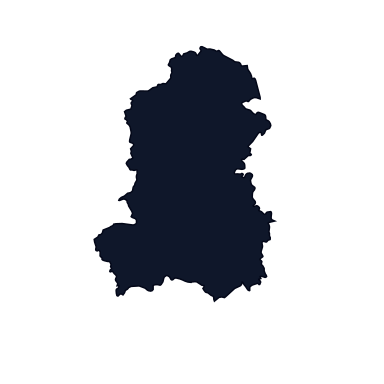 Kaluga, Mercator projection, rotated 319°
{"feature_id": "RUS-2361", "entity_name": "Kaluga", "entity_type": "Region", "adm_level": 1, "iso_a3": "RUS", "parent_name": "Russia", "parent_adm1": "", "projection": "mercator", "projection_center": [35.421, 54.295], "detail": "fine", "context": "isolated", "style": "filled", "palette": "ink", "viewbox_px": 384, "rotation_deg": 319, "n_neighbors": 0, "source": "natural_earth", "source_scale": "10m", "svg_char_len": 5998}
<svg xmlns="http://www.w3.org/2000/svg" viewBox="0 0 384 384"><g transform="rotate(319 192 192)"><path d="M235.4,268.2L230.4,265.6L229.0,265.4L228.6,267.1L228.0,268.6L227.0,269.8L223.8,272.6L223.4,273.9L221.7,275.9L221.1,277.8L220.0,279.0L219.6,279.1L217.9,278.3L215.6,278.6L215.0,278.3L213.6,276.1L212.4,275.8L211.5,276.1L209.8,279.0L209.0,279.8L205.2,282.2L204.2,283.3L203.4,287.0L202.8,287.3L200.4,287.1L199.2,287.3L199.0,287.6L198.9,288.0L199.2,289.6L199.1,290.3L196.9,292.0L196.8,292.4L197.0,293.9L196.4,296.9L194.7,298.9L193.6,301.9L193.4,303.6L192.9,304.7L192.1,304.8L191.1,304.4L189.4,301.5L188.5,300.6L188.0,300.5L187.7,300.7L187.4,302.1L187.2,302.5L185.1,301.6L184.9,301.9L185.1,304.2L184.9,304.7L184.5,305.2L182.5,306.2L181.9,305.9L181.8,304.5L181.5,303.9L176.5,301.8L174.0,301.5L172.9,302.0L171.0,304.2L170.7,304.2L170.2,303.5L169.9,302.4L170.4,298.7L170.5,296.1L171.0,293.6L170.9,293.0L170.7,292.8L169.1,294.1L167.7,294.5L166.9,294.5L161.0,292.8L148.5,293.1L147.2,293.0L145.6,290.7L143.3,289.3L137.3,289.1L138.0,287.4L139.1,286.0L139.6,284.6L138.6,282.5L137.9,278.6L136.8,277.0L136.5,276.3L136.6,274.0L137.0,271.9L138.5,271.7L139.7,270.4L138.3,268.9L136.6,262.9L135.4,261.6L132.6,259.6L132.1,259.7L129.8,257.2L128.3,254.7L127.1,252.0L125.8,249.6L123.7,246.6L122.4,245.6L119.8,245.6L118.9,244.9L118.8,244.1L119.3,241.7L119.3,241.1L118.7,239.2L117.7,238.1L115.2,238.0L114.2,238.5L111.1,240.7L108.0,241.6L106.8,241.4L105.3,239.4L104.2,238.4L102.7,237.4L101.3,237.1L98.7,240.1L97.1,240.3L95.7,239.6L94.4,237.9L93.9,236.5L93.6,234.2L93.3,233.4L90.5,228.2L84.1,223.3L81.5,222.6L79.7,223.0L77.1,222.6L74.9,223.8L72.4,224.4L71.9,222.8L71.5,222.2L70.4,221.8L68.0,222.0L67.5,221.5L67.4,220.8L68.4,218.9L70.0,216.7L70.8,216.0L71.5,215.8L73.0,216.2L75.4,215.2L75.5,215.0L75.4,214.6L73.9,213.6L75.5,212.7L76.1,211.9L76.3,208.9L76.7,208.0L77.6,207.3L79.1,206.7L79.9,205.9L80.0,204.4L79.8,202.6L80.0,199.9L79.6,199.3L78.2,198.9L77.8,198.3L77.9,197.9L79.1,197.2L80.9,197.2L81.3,196.7L81.5,195.2L81.8,194.7L82.8,194.2L83.5,193.3L84.2,190.5L82.6,188.9L80.7,186.2L79.9,184.6L79.9,183.8L80.5,183.2L80.9,182.4L80.6,180.8L80.7,179.9L83.3,177.1L83.6,176.2L83.6,175.4L83.3,174.7L82.0,174.4L81.6,174.0L81.2,173.1L81.6,172.2L83.7,170.5L85.7,165.8L87.1,163.6L91.4,164.2L93.6,163.3L95.0,164.2L96.4,164.3L97.6,164.0L100.0,162.4L106.5,164.7L108.0,164.8L110.0,165.4L111.1,165.3L111.8,164.9L113.8,166.1L118.6,170.0L126.0,178.4L128.2,179.2L129.6,179.1L131.4,177.1L131.8,176.0L131.6,174.6L130.2,172.0L129.9,170.7L133.1,169.2L133.9,167.1L135.0,161.0L135.9,159.3L136.2,157.5L137.3,155.7L136.7,153.7L136.2,152.8L135.2,152.1L131.8,150.9L131.3,150.3L132.4,149.7L135.1,149.7L138.3,150.7L142.6,150.7L145.1,152.1L147.3,152.3L148.5,151.6L150.9,149.7L153.2,149.2L154.8,148.0L158.3,146.8L159.7,144.4L160.5,143.5L163.0,141.9L163.7,140.8L164.8,139.7L164.8,139.3L164.4,138.7L162.4,137.7L161.2,135.9L160.2,135.2L160.0,134.8L160.0,134.1L160.6,132.0L160.6,129.7L161.1,127.4L162.2,126.7L166.1,126.2L167.1,127.0L169.3,127.6L169.9,127.0L171.2,122.7L173.0,121.4L174.0,119.1L178.3,118.6L179.0,118.2L179.2,117.7L179.3,116.4L177.8,113.7L178.1,112.8L179.2,111.8L184.5,108.0L185.4,106.9L188.1,102.1L188.4,99.8L188.0,97.4L188.2,97.0L189.5,96.5L189.7,96.1L189.9,95.2L189.8,94.1L189.3,93.1L189.4,92.7L190.6,91.9L191.7,91.8L192.1,91.2L193.8,87.1L196.1,87.2L200.0,89.2L200.6,89.1L203.2,87.5L203.7,86.8L204.0,85.5L204.6,84.8L207.0,84.3L207.4,83.6L206.7,81.9L206.7,81.3L213.6,82.0L215.1,80.8L215.7,80.7L218.1,81.2L218.9,81.6L224.6,86.6L225.5,87.1L230.8,87.6L234.6,89.7L236.6,88.7L237.3,88.8L238.8,90.3L241.3,91.1L243.1,93.1L243.9,93.2L250.3,92.2L251.2,91.7L251.9,90.6L252.7,89.8L255.4,88.6L256.0,87.1L256.9,86.4L258.2,84.6L258.1,83.8L257.4,81.2L257.5,80.6L257.7,80.4L259.9,79.6L262.3,78.0L263.9,78.1L267.4,79.5L268.1,79.3L269.5,78.1L271.0,77.8L272.0,77.9L272.8,78.4L272.9,79.1L272.8,81.9L273.0,82.7L273.2,83.0L274.4,83.2L276.3,82.3L279.6,83.8L282.4,84.3L283.6,85.1L285.2,87.4L285.7,88.5L285.9,89.2L285.6,90.8L285.2,91.8L285.3,92.1L285.9,92.6L291.3,91.6L291.7,90.9L292.1,89.0L293.1,88.3L294.0,88.2L294.9,88.9L296.1,91.5L297.0,94.0L299.4,95.9L301.9,99.3L302.7,101.6L303.3,102.2L304.7,102.5L305.1,102.9L305.3,103.4L305.2,108.5L305.5,110.0L309.2,119.3L309.7,121.8L312.3,124.7L312.7,125.6L312.7,127.1L312.0,129.2L312.8,130.1L316.6,132.8L314.6,135.9L313.9,140.9L313.0,143.4L312.0,145.1L311.7,146.0L313.6,146.9L313.8,148.0L313.3,149.5L305.6,165.1L304.5,166.5L302.5,163.1L301.1,161.7L299.5,161.0L296.7,160.4L294.1,160.8L293.6,160.4L292.9,159.1L292.4,158.6L288.8,157.5L287.7,157.7L287.1,158.2L286.9,159.6L287.1,162.3L287.0,164.1L287.5,165.2L289.4,168.1L289.7,169.2L289.7,172.1L290.1,174.1L290.9,175.3L291.4,175.4L293.1,174.9L294.2,175.2L295.0,176.3L297.5,181.2L297.6,182.2L297.2,183.2L295.6,185.4L295.3,186.1L296.2,188.2L296.4,189.6L295.9,192.0L295.0,193.6L292.7,194.7L291.7,194.7L289.0,193.6L287.8,193.8L285.3,195.1L282.5,195.3L281.9,194.9L282.1,194.3L283.1,192.9L283.0,192.0L281.2,191.0L270.9,193.7L264.8,194.2L264.2,194.6L264.0,195.2L264.6,197.8L261.3,200.4L261.1,200.9L261.4,202.4L261.2,202.8L260.1,202.8L258.5,201.5L257.8,201.4L252.6,201.5L251.5,200.1L250.7,200.1L250.0,201.3L250.2,203.7L250.1,205.0L249.5,206.2L247.6,208.6L246.6,208.7L245.4,208.2L244.4,207.5L241.8,204.5L240.7,203.9L239.1,203.9L236.8,205.0L236.3,205.7L236.3,206.6L236.9,207.3L237.8,207.8L240.4,210.4L241.6,210.6L242.1,211.1L242.3,211.9L242.0,212.5L239.6,212.9L239.6,213.3L240.5,215.2L241.4,215.4L243.4,214.4L244.8,214.1L246.1,214.3L248.1,215.6L248.6,216.7L248.9,218.4L248.4,219.3L247.7,219.9L244.0,221.3L242.7,223.2L241.8,225.1L241.7,226.3L242.4,229.7L242.0,230.5L240.6,231.3L238.0,231.8L236.6,232.8L234.1,235.4L233.6,236.7L233.5,240.5L232.8,241.7L232.0,242.2L229.2,242.5L229.0,243.1L229.5,243.8L231.9,244.8L232.4,245.8L232.6,247.7L232.2,248.6L230.3,249.8L231.5,252.5L231.8,256.0L232.0,256.4L233.0,256.9L234.7,256.4L235.5,256.5L238.5,258.4L238.6,258.8L238.5,259.4L237.8,260.5L235.1,263.0L234.2,264.3L234.2,265.7L235.4,268.2Z" fill="#0f172a" stroke="#020617" stroke-width="1.5"/></g></svg>